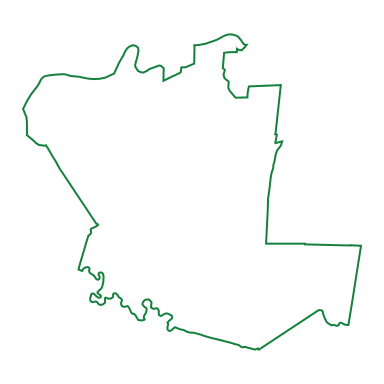 C.A. Rosetti, Buzau, Romania (Equal Earth projection)
{"feature_id": "2599482B61435890131280", "entity_name": "C.A. Rosetti", "entity_type": "district", "adm_level": 2, "iso_a3": "ROU", "parent_name": "Romania", "parent_adm1": "Buzau", "projection": "equal_earth", "projection_center": [27.145, 45.049], "detail": "fine", "context": "isolated", "style": "outline", "palette": "green", "viewbox_px": 384, "rotation_deg": 0, "n_neighbors": 0, "source": "geoboundaries", "source_scale": "gbopen_adm2", "svg_char_len": 5787}
<svg xmlns="http://www.w3.org/2000/svg" viewBox="0 0 384 384"><path d="M258.9,349.6L318.7,310.1L319.0,310.2L321.2,310.3L322.0,310.6L322.5,311.3L322.8,311.8L323.0,313.6L323.2,314.3L323.5,314.7L324.1,316.6L324.9,318.6L325.8,320.3L326.1,321.0L326.8,322.2L327.2,322.6L328.0,323.2L329.3,323.9L330.8,325.0L331.5,325.3L332.6,325.0L333.6,324.9L336.0,325.6L337.0,325.8L338.3,325.5L338.5,325.3L339.4,323.3L340.1,322.8L341.0,322.8L341.8,323.0L343.0,323.8L345.0,324.6L346.5,324.9L348.4,325.0L352.4,300.5L361.0,245.8L350.5,245.2L350.5,245.5L305.0,244.4L305.0,243.7L304.4,243.7L301.5,243.7L266.1,243.7L267.7,210.7L268.1,198.6L268.7,194.1L269.7,187.1L269.9,185.0L270.7,177.9L271.4,173.7L272.3,170.6L272.5,170.5L273.3,167.5L273.3,165.4L273.5,164.4L273.8,163.7L274.6,160.8L275.5,155.9L275.4,155.4L277.1,150.5L280.4,146.2L281.0,145.3L281.2,144.8L282.1,141.4L275.5,143.1L275.3,142.6L276.9,134.7L275.4,134.2L275.6,134.0L275.5,133.8L280.8,85.1L249.0,86.4L248.5,88.2L248.0,90.7L247.6,94.0L247.4,97.4L235.6,97.7L229.9,91.1L228.5,88.5L228.3,87.5L228.7,82.5L228.6,81.9L228.2,81.2L225.3,78.9L224.4,78.0L224.3,77.3L223.5,74.8L224.8,70.2L224.8,69.8L224.7,69.6L222.8,68.2L224.1,52.9L226.1,52.5L229.9,52.2L236.8,52.1L237.0,48.9L237.5,49.3L239.7,50.1L241.1,50.3L241.8,50.2L243.3,48.6L245.4,46.6L245.9,45.7L246.6,44.8L245.0,44.8L243.5,43.9L241.1,40.3L239.0,37.6L237.6,36.4L236.1,35.6L233.3,34.7L230.9,34.4L229.5,34.4L227.1,34.8L223.4,36.2L219.7,38.3L216.6,39.9L212.9,41.2L205.0,43.9L198.3,45.0L194.2,45.3L194.5,47.3L194.2,63.6L185.5,67.3L181.4,67.3L180.7,72.2L180.4,72.6L175.9,74.8L173.6,75.8L163.4,80.8L163.7,68.2L161.2,66.0L159.9,65.6L158.9,65.6L149.4,69.1L147.1,70.8L143.2,72.6L140.9,72.2L138.1,71.0L135.9,67.7L135.3,66.6L135.2,64.8L135.9,61.9L137.1,57.9L138.5,50.9L138.1,48.0L136.6,46.4L134.8,45.5L132.4,45.3L129.4,46.6L127.4,48.1L125.0,51.6L123.3,55.5L119.1,62.6L114.1,73.6L105.1,77.7L99.6,78.8L93.7,79.1L88.1,78.6L81.6,77.4L80.3,76.9L78.5,76.7L71.7,76.1L69.2,75.6L65.2,74.3L62.8,74.2L55.9,74.6L50.4,75.2L46.6,75.8L45.0,76.2L43.9,76.7L42.1,78.1L41.1,79.4L38.1,85.2L31.1,94.3L29.2,97.4L27.3,100.5L23.3,108.5L23.0,108.9L24.1,111.4L24.6,112.9L26.3,116.8L26.6,117.8L26.6,119.2L26.9,121.9L27.0,128.3L26.9,130.8L27.1,133.3L26.9,134.1L26.9,135.2L27.3,135.3L28.7,136.6L32.7,139.9L35.3,142.4L36.8,143.6L38.8,144.9L39.2,145.0L43.7,145.6L44.1,145.7L44.5,145.7L46.0,145.3L46.8,146.8L47.9,148.2L48.7,149.7L53.2,157.4L56.8,163.1L56.8,163.5L61.0,170.8L61.6,171.5L96.3,223.7L97.1,223.9L97.7,224.3L97.9,224.5L97.9,224.9L97.8,225.3L96.2,226.4L91.3,228.7L90.9,229.0L90.7,229.3L90.6,229.8L90.7,230.4L91.2,232.2L91.0,233.1L90.8,233.6L89.4,235.0L88.4,235.6L88.6,236.0L88.2,236.6L87.6,238.0L84.0,250.3L83.6,251.8L83.1,253.0L82.8,254.4L80.2,263.0L78.5,269.5L82.2,271.0L82.7,269.7L83.3,268.8L85.0,267.7L86.6,267.1L87.1,267.1L88.6,267.4L89.5,268.5L89.4,269.5L89.1,271.0L89.5,272.4L90.2,273.2L90.9,273.7L91.9,274.1L93.8,275.6L94.6,276.4L95.7,278.3L96.3,279.0L97.2,279.6L98.1,279.7L98.7,279.4L98.9,279.3L99.6,278.5L99.7,277.8L99.5,276.4L98.8,275.4L98.6,274.7L98.7,273.6L99.0,273.1L99.6,272.6L100.6,272.5L101.6,272.6L102.4,273.0L103.1,274.2L103.5,275.9L103.6,276.8L103.4,279.4L103.4,280.8L103.3,281.9L102.5,285.6L102.2,286.7L101.4,288.3L100.5,289.2L97.7,291.8L97.5,292.8L97.7,293.3L100.6,295.4L101.0,296.1L100.7,297.0L100.4,297.4L99.7,297.7L98.8,297.8L97.9,297.3L96.7,296.6L96.1,296.0L95.6,295.3L93.8,293.9L92.7,293.4L91.6,293.9L91.0,294.8L91.0,295.4L90.9,295.9L90.2,297.9L90.1,298.7L90.2,299.8L90.5,300.8L90.9,301.4L91.9,301.9L92.7,302.1L94.2,301.8L95.1,301.5L95.8,301.5L96.7,301.9L97.4,302.4L98.6,304.1L99.3,304.6L101.3,304.9L102.0,304.7L103.3,304.1L104.7,303.0L105.1,301.9L105.0,299.8L104.9,298.9L104.9,298.3L105.5,297.7L105.9,297.7L108.1,298.6L109.2,298.7L110.3,298.6L111.3,298.3L112.7,297.3L113.0,296.5L113.1,295.0L113.3,293.9L114.1,293.4L114.9,293.3L115.9,293.4L117.3,294.7L118.0,295.7L118.7,297.1L120.6,298.3L121.3,299.0L121.9,299.7L122.0,300.1L121.2,302.7L121.0,303.9L121.4,304.7L121.5,305.6L122.1,305.9L122.5,306.4L123.1,306.6L124.1,306.8L125.0,306.8L126.9,306.1L127.6,306.1L128.2,306.6L129.1,308.0L129.9,309.4L131.0,312.0L131.9,313.5L132.4,313.8L133.7,313.6L133.9,313.7L134.1,314.0L134.3,314.4L135.6,315.4L135.9,315.9L136.5,317.3L137.2,318.1L137.6,319.1L138.1,319.9L138.7,320.1L139.9,320.2L140.7,320.4L141.4,320.4L142.1,320.4L143.6,320.0L144.5,319.7L144.7,319.4L144.6,319.1L143.9,318.0L143.8,317.3L143.9,316.5L144.3,315.3L144.8,314.5L145.9,312.9L146.1,312.3L146.1,311.9L146.4,311.3L146.6,309.7L146.4,308.5L145.9,307.7L144.8,307.1L144.2,306.6L142.8,305.0L142.5,304.2L142.7,302.7L143.2,301.8L143.6,301.5L143.9,300.9L145.5,299.7L148.5,299.4L149.2,299.7L149.7,300.2L150.0,300.6L151.2,301.6L151.4,302.1L151.4,302.6L151.4,303.7L151.1,305.4L151.2,306.1L151.1,306.5L151.0,307.3L152.1,308.2L153.6,308.9L154.1,308.9L155.1,308.5L156.2,308.3L157.4,308.3L157.5,308.4L157.7,309.1L158.4,309.7L158.7,310.6L158.9,311.7L158.7,312.2L158.8,313.2L158.7,314.0L158.9,314.5L159.4,315.3L159.8,315.6L160.6,315.9L161.2,315.9L164.9,313.7L165.6,313.5L166.9,313.5L167.8,313.6L169.2,314.3L170.6,315.0L171.8,315.9L172.2,317.1L172.2,317.6L171.9,318.4L170.9,319.4L169.1,320.8L168.0,322.1L167.5,322.4L167.5,322.6L167.5,322.9L168.1,323.9L168.1,325.0L167.6,326.4L167.6,327.0L167.4,328.0L167.5,329.1L167.8,329.8L168.9,330.8L169.6,331.0L170.0,330.9L171.4,330.3L174.9,327.2L179.9,329.2L182.2,329.8L183.2,329.8L187.0,331.7L190.0,332.6L193.3,332.7L194.8,333.0L201.3,334.8L202.9,335.5L207.9,337.0L212.2,338.2L216.8,339.2L219.3,339.9L222.0,340.5L224.9,341.3L231.2,342.9L235.0,344.1L238.3,344.9L239.5,345.5L240.6,346.4L241.1,346.8L241.9,347.1L243.5,347.3L244.5,347.0L245.4,346.9L248.4,347.9L250.0,348.2L252.3,348.9L254.6,349.5L255.2,349.6L255.9,349.2L256.9,349.1L257.3,348.9L257.7,348.5L257.8,348.4L258.2,348.6L258.9,349.6Z" fill="none" stroke="#15803d" stroke-width="2"/></svg>